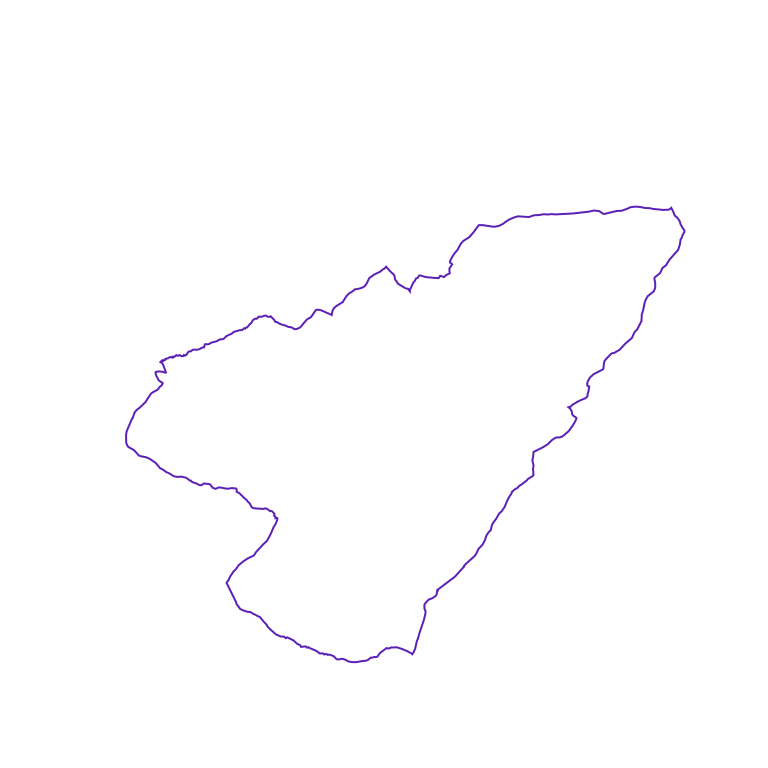 Barsau, Satu Mare, Romania, rotated 113°
{"feature_id": "2599482B93689648054040", "entity_name": "Barsau", "entity_type": "district", "adm_level": 2, "iso_a3": "ROU", "parent_name": "Romania", "parent_adm1": "Satu Mare", "projection": "albers", "projection_center": [23.225, 47.589], "detail": "fine", "context": "isolated", "style": "outline", "palette": "violet", "viewbox_px": 768, "rotation_deg": 113, "n_neighbors": 0, "source": "geoboundaries", "source_scale": "gbopen_adm2", "svg_char_len": 6166}
<svg xmlns="http://www.w3.org/2000/svg" viewBox="0 0 768 768"><g transform="rotate(113 384 384)"><path d="M548.8,524.7L548.4,524.2L549.2,522.1L548.9,518.3L549.1,514.1L548.4,512.3L546.6,511.4L545.8,510.6L544.3,505.1L546.2,501.6L546.5,500.4L546.4,498.4L546.0,497.7L544.4,496.4L543.3,494.6L542.1,488.8L541.1,486.2L539.3,483.5L538.0,479.3L539.0,478.1L540.8,477.5L541.0,476.3L540.8,475.0L543.5,468.2L544.4,465.3L545.5,463.3L546.3,461.1L549.1,457.6L549.3,456.0L549.0,454.4L546.0,445.9L545.0,445.0L544.6,443.1L545.1,440.6L545.6,439.4L544.9,438.3L544.9,437.4L546.2,434.3L546.9,433.8L548.1,433.8L548.7,431.9L549.9,431.5L549.3,430.9L549.2,429.7L550.4,429.2L555.4,429.1L558.9,429.7L566.2,429.7L574.1,430.4L578.4,432.4L589.3,436.3L591.2,436.4L593.1,437.1L597.7,441.2L601.9,444.0L607.6,447.0L612.2,447.9L615.5,449.3L621.5,450.4L625.5,450.5L628.0,451.2L628.7,451.1L642.6,434.9L644.1,433.8L647.2,428.6L647.4,426.3L647.2,421.6L646.1,417.7L646.6,415.4L646.7,412.0L647.1,408.6L646.9,407.4L649.6,402.2L651.6,397.7L652.8,396.4L654.3,392.8L656.7,385.6L656.8,380.7L655.6,377.0L656.4,375.2L656.1,374.8L655.2,374.4L655.0,373.7L655.4,367.2L657.1,362.3L657.2,359.0L658.4,357.7L656.1,353.5L656.8,351.7L655.8,350.8L656.1,349.0L656.1,342.4L656.6,339.6L657.2,338.3L656.9,337.8L656.9,337.1L655.8,335.2L656.4,333.4L655.2,332.2L655.3,331.3L655.0,330.8L655.3,329.8L654.4,328.6L654.2,325.4L654.3,323.6L655.5,321.1L655.8,319.7L655.1,317.8L653.6,315.8L653.1,314.3L652.9,311.7L653.3,308.4L652.6,305.1L650.8,300.7L647.6,295.9L645.8,292.6L644.5,291.1L641.0,289.2L640.3,287.6L638.9,286.1L638.8,285.1L637.7,283.6L633.2,282.6L626.0,278.4L625.7,276.3L623.4,274.0L622.8,272.1L621.4,269.6L620.9,264.7L620.8,259.0L621.3,253.0L621.7,252.4L620.2,252.0L615.3,251.9L607.4,253.4L605.5,253.2L598.8,254.1L585.4,255.1L579.5,256.1L577.0,256.9L575.1,258.9L571.4,260.6L568.9,260.1L565.1,258.7L562.4,255.9L559.1,253.7L557.3,253.3L554.5,254.0L553.3,253.7L552.9,254.5L533.8,243.5L520.7,238.9L520.5,239.3L518.6,238.8L506.6,233.2L503.3,232.7L498.9,232.6L493.3,230.5L488.4,230.1L483.4,230.5L479.7,229.8L476.6,228.6L472.0,229.5L469.1,229.3L464.2,228.1L457.9,227.3L455.1,225.9L449.8,224.9L444.0,225.0L438.6,224.6L435.4,223.9L433.1,224.0L429.6,222.3L427.6,220.6L425.0,219.7L422.7,218.1L417.0,214.9L415.0,214.3L410.7,211.2L409.4,210.8L403.9,213.7L400.7,214.4L396.3,217.6L392.8,218.3L388.1,219.8L380.8,213.5L375.8,209.9L369.8,207.4L368.0,206.3L366.0,204.6L365.3,203.4L364.6,201.4L362.1,199.0L355.3,195.6L348.8,194.1L343.7,193.4L340.3,193.4L339.8,194.1L339.4,196.8L338.8,198.2L338.1,199.2L335.7,200.5L333.8,203.3L333.3,205.1L331.8,203.3L329.6,202.5L324.7,198.9L322.0,196.6L318.5,193.1L316.0,191.9L313.4,192.7L310.8,192.9L306.2,194.1L306.2,195.9L304.6,197.1L301.3,197.4L297.7,197.0L293.1,194.9L285.1,188.3L284.3,188.0L278.4,189.8L276.7,189.9L274.7,189.5L267.4,186.7L266.6,186.1L265.7,184.5L260.4,180.4L253.1,177.9L244.8,173.8L238.6,173.7L234.4,172.2L225.4,171.6L219.5,173.8L214.3,174.4L206.9,175.9L203.7,176.0L200.0,175.5L193.4,171.9L189.6,171.9L184.7,174.0L181.8,176.1L180.2,176.5L174.1,173.2L168.4,173.0L164.5,170.8L157.9,169.8L145.6,165.6L139.7,166.2L135.0,167.5L133.3,167.1L130.3,167.3L126.5,166.9L125.0,167.7L123.8,169.9L121.1,173.4L118.6,175.4L116.5,178.7L115.8,180.2L115.9,180.9L114.7,182.9L112.7,184.7L109.6,188.4L110.6,188.8L112.3,190.0L114.8,195.4L117.8,205.1L118.3,208.0L120.0,212.5L121.0,217.6L122.5,221.9L125.1,226.4L127.6,228.5L131.7,233.0L134.1,237.8L141.2,247.4L141.7,248.8L140.8,253.3L142.1,258.2L145.4,262.9L153.2,276.7L160.6,291.8L162.4,296.7L164.0,299.5L165.3,303.3L168.2,307.8L169.9,311.6L173.7,315.9L177.3,326.2L180.0,329.5L183.0,332.4L186.9,335.3L190.2,337.1L193.5,340.0L196.0,343.6L196.7,345.4L199.1,354.9L200.7,358.8L209.1,360.8L215.6,362.9L221.3,366.9L225.3,368.2L231.7,368.7L236.9,370.3L240.6,370.9L245.2,371.2L246.4,370.8L246.7,369.0L247.2,368.0L252.1,368.9L254.3,368.0L256.3,366.7L259.7,369.5L262.1,370.5L262.4,374.5L265.2,375.1L266.9,379.8L269.0,386.5L269.4,388.2L269.8,392.7L270.3,393.9L273.3,394.5L274.4,395.8L276.9,395.9L279.7,396.7L285.5,396.8L286.7,397.1L288.6,396.4L287.0,399.0L287.5,401.6L286.2,410.5L284.7,412.2L284.1,413.7L283.2,414.9L281.3,415.9L279.7,417.3L277.7,422.7L275.2,427.9L277.7,428.7L278.7,429.7L282.1,431.4L287.0,435.7L292.2,438.9L299.2,439.3L301.8,440.1L303.7,441.6L305.9,444.1L308.0,447.2L308.0,447.6L311.1,449.2L314.3,451.6L318.2,453.0L324.7,454.0L330.5,458.1L333.8,459.8L336.8,460.0L340.9,459.1L340.7,470.5L341.0,472.6L342.0,475.1L342.8,475.7L350.9,477.3L354.2,479.8L355.7,480.5L364.7,483.3L367.1,485.4L368.3,487.3L368.5,488.2L368.1,490.0L368.1,491.9L368.8,494.3L368.7,497.3L369.2,501.2L369.3,503.9L368.8,507.1L369.3,508.3L368.0,509.9L366.0,514.7L367.0,515.7L367.5,517.8L367.2,519.0L367.3,519.8L368.0,520.9L369.5,522.4L370.5,524.2L370.9,525.6L373.6,526.6L374.4,528.3L376.4,529.6L380.1,530.1L381.3,530.9L385.4,532.1L385.9,533.0L387.3,533.4L387.3,534.4L387.6,534.7L388.9,535.1L389.9,535.9L391.0,538.0L393.9,541.7L395.7,543.3L397.0,543.7L401.4,547.7L405.2,549.3L405.8,550.0L406.9,552.3L410.3,555.0L413.5,559.2L415.4,560.5L416.4,561.8L417.2,564.2L418.6,564.4L420.5,563.9L421.5,565.6L424.0,567.4L425.8,570.0L426.5,572.2L427.4,573.6L429.3,574.4L430.1,576.0L430.7,576.6L434.4,577.3L435.6,578.2L435.3,579.0L435.4,579.5L436.7,579.6L436.9,580.6L437.6,581.2L437.2,583.4L437.6,584.0L438.5,584.6L438.8,585.6L438.6,586.5L440.6,587.4L441.2,588.8L442.0,588.5L442.3,589.0L442.2,589.4L442.5,589.9L442.3,590.3L442.6,591.0L443.7,592.3L445.0,593.1L446.3,595.1L447.1,594.8L447.8,595.1L448.2,596.0L448.9,596.3L448.5,597.0L448.7,597.3L449.6,597.2L449.9,597.9L451.2,598.4L451.5,596.4L452.2,595.2L458.6,589.2L459.1,590.0L459.3,592.7L460.3,596.0L461.8,598.5L462.2,598.8L463.3,598.6L465.4,596.8L468.5,593.0L469.1,591.2L469.5,588.1L470.0,587.9L472.3,588.2L474.0,589.2L477.7,590.2L482.6,594.0L484.2,594.8L493.9,596.5L502.0,600.0L504.2,601.4L507.5,602.4L513.6,602.0L514.3,602.4L528.1,602.4L531.8,601.5L539.1,598.2L541.2,595.9L541.9,594.6L542.3,590.1L542.9,587.5L545.6,581.7L545.5,579.6L544.4,574.4L544.4,570.6L545.8,563.5L549.1,556.9L549.1,554.4L550.2,549.8L550.1,547.6L551.0,541.3L550.2,537.6L549.1,535.9L548.5,534.3L547.7,530.3L547.9,528.0L548.8,524.7Z" fill="none" stroke="#5b21b6" stroke-width="2"/></g></svg>